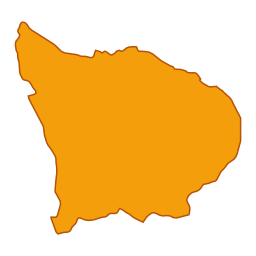 SVG path tracing the border of Apurímac
{"feature_id": "PER-569", "entity_name": "Apurímac", "entity_type": "Department", "adm_level": 1, "iso_a3": "PER", "parent_name": "Peru", "parent_adm1": "", "projection": "orthographic", "projection_center": [-73.045, -14.013], "detail": "fine", "context": "isolated", "style": "filled", "palette": "amber", "viewbox_px": 256, "rotation_deg": 0, "n_neighbors": 0, "source": "natural_earth", "source_scale": "10m", "svg_char_len": 2806}
<svg xmlns="http://www.w3.org/2000/svg" viewBox="0 0 256 256"><path d="M132.7,46.7L136.1,46.8L136.8,47.2L137.0,48.3L137.6,49.7L138.3,50.8L138.9,51.2L144.1,51.4L148.9,52.1L153.0,54.2L161.4,60.9L170.7,66.1L172.2,66.4L173.2,66.9L174.2,68.8L175.6,69.2L180.8,69.5L185.7,70.9L186.4,71.4L187.0,72.1L187.9,72.6L189.6,72.8L194.8,72.8L196.5,73.5L198.0,75.2L200.6,79.1L199.6,80.1L201.1,81.8L203.4,83.6L208.3,86.4L210.2,86.9L216.6,86.4L217.3,87.2L221.3,90.2L222.2,90.5L223.3,91.9L230.2,98.1L232.0,101.0L233.4,104.1L236.2,109.4L236.8,110.8L238.9,114.5L240.6,118.2L240.6,141.0L236.8,154.9L235.4,157.4L234.6,158.5L233.7,159.4L229.4,162.3L228.4,163.1L227.5,164.0L224.4,168.1L221.4,171.2L220.2,173.0L216.6,179.9L215.5,181.0L211.1,182.2L209.3,183.2L207.1,183.7L204.4,184.1L203.1,184.9L202.1,185.9L201.4,187.4L200.3,188.8L198.2,190.5L196.1,191.4L193.2,192.2L191.5,193.0L190.1,194.1L188.8,195.5L188.0,196.7L187.3,198.0L186.9,199.3L186.9,200.7L187.3,202.0L189.1,205.6L189.6,206.8L189.8,208.3L189.6,211.5L189.0,214.7L178.4,217.5L175.9,217.9L173.6,217.6L172.2,217.0L170.9,216.2L169.1,215.8L166.7,215.6L162.8,215.9L160.6,215.4L159.0,214.9L157.8,214.2L156.6,213.6L153.9,212.7L152.0,213.0L149.7,214.3L146.3,217.4L143.1,222.2L134.9,218.3L133.3,217.3L129.2,214.0L126.1,212.4L123.5,210.4L119.8,208.5L118.9,209.8L117.7,211.9L116.9,212.9L115.6,213.4L114.0,213.5L111.8,213.4L110.4,213.5L109.1,214.0L107.3,215.7L106.3,216.4L105.2,216.9L103.0,217.1L100.3,217.7L94.9,219.5L91.9,220.1L88.9,220.4L87.6,220.3L86.0,220.1L84.0,219.5L81.1,218.3L79.7,218.0L78.5,218.0L77.6,218.8L77.1,220.0L76.7,221.4L76.1,222.7L75.4,223.7L72.7,226.4L71.9,227.5L70.7,230.0L69.9,231.0L68.9,231.7L67.6,232.1L63.7,232.4L60.2,233.4L57.9,233.9L56.1,231.9L51.1,218.1L51.0,217.2L52.3,217.1L55.2,217.3L56.6,216.7L57.5,215.3L60.5,204.4L60.3,201.4L58.3,197.5L55.2,192.0L55.1,189.7L55.8,181.6L56.8,172.6L56.7,167.5L56.0,162.0L56.0,160.0L55.8,158.2L55.2,156.0L51.2,149.4L48.1,145.3L47.1,143.3L46.1,140.7L44.5,135.1L43.4,126.5L29.0,99.0L28.3,96.0L33.8,94.5L35.2,93.8L35.9,93.2L35.8,91.3L33.2,87.9L30.4,83.2L29.6,82.2L28.6,81.3L27.5,80.7L26.3,80.4L24.2,80.0L23.0,79.3L22.0,77.9L20.1,73.9L19.7,71.8L19.1,62.7L17.8,57.8L17.6,53.2L16.3,50.5L16.0,49.4L15.4,44.8L15.5,43.0L16.1,41.1L19.0,37.4L19.8,35.0L18.2,32.3L17.8,31.1L18.0,29.9L19.3,27.6L20.1,24.8L20.7,23.6L21.5,22.6L22.7,22.1L24.2,22.4L25.7,23.2L27.4,25.1L29.0,27.9L31.6,30.1L53.8,44.2L55.8,45.9L61.0,51.1L64.6,52.9L76.8,54.7L78.1,55.1L80.6,56.1L82.2,56.4L84.3,56.3L86.0,56.5L90.4,57.6L91.8,57.6L93.1,56.9L93.9,55.5L95.1,51.7L95.7,50.3L100.2,51.7L101.3,52.5L102.2,52.9L103.1,52.4L104.0,51.6L104.8,51.2L107.2,52.3L109.3,54.1L111.5,55.1L114.5,53.5L116.6,51.2L117.6,50.8L119.3,50.3L119.8,50.5L121.1,51.2L121.9,51.2L122.4,51.1L122.8,50.9L126.6,48.0L128.4,47.2L132.7,46.7Z" fill="#f59e0b" stroke="#b45309" stroke-width="1.5"/></svg>